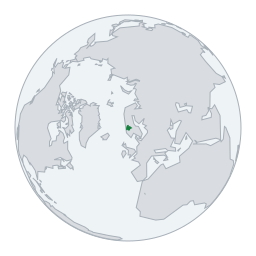 globe centered on Sør-Trøndelag, rotated 318°
{"feature_id": "NOR-911", "entity_name": "Sør-Trøndelag", "entity_type": "County", "adm_level": 1, "iso_a3": "NOR", "parent_name": "Norway", "parent_adm1": "", "projection": "orthographic", "projection_center": [9.786, 63.353], "detail": "coarse", "context": "on_globe", "style": "filled", "palette": "green", "viewbox_px": 256, "rotation_deg": 318, "n_neighbors": 0, "source": "natural_earth", "source_scale": "10m", "svg_char_len": 10697}
<svg xmlns="http://www.w3.org/2000/svg" viewBox="0 0 256 256"><g transform="rotate(318 128 128)"><circle cx="128" cy="128" r="113" fill="#eef3f6" stroke="#a8b0b8"/><path d="M15.4,128.2L15.8,130.0L16.6,124.2L16.7,121.3L16.3,120.5L17.5,109.9L19.3,104.0L29.8,74.4L32.3,70.4L34.5,68.0L49.2,52.8L37.6,62.9L41.2,58.4L46.2,53.6L45.9,54.5L52.7,49.6L57.4,45.6L66.4,41.8L74.4,43.3L71.3,44.8L73.6,45.1L77.6,43.4L79.7,42.2L92.9,42.2L106.5,38.8L109.7,35.7L109.9,38.1L115.1,31.0L121.8,28.6L114.9,32.6L114.7,34.1L119.6,33.0L120.5,34.4L123.3,34.6L123.9,36.4L119.8,38.8L120.1,40.0L123.6,39.2L126.3,40.5L121.2,41.5L125.5,44.0L119.5,48.9L105.5,50.7L102.8,55.4L90.0,62.8L91.8,63.8L88.1,67.4L88.8,69.9L86.2,70.7L89.0,72.1L91.2,70.9L93.1,71.1L93.7,72.6L90.6,73.8L89.8,73.2L89.2,74.4L87.3,74.4L88.6,75.2L84.7,76.6L89.4,77.4L87.0,80.3L84.2,80.7L83.4,77.8L74.9,72.0L71.7,71.7L68.2,74.1L63.7,84.5L60.7,85.5L57.4,89.0L59.6,89.6L62.9,87.2L66.0,89.4L69.7,86.3L71.5,86.9L75.7,85.0L76.2,88.4L74.4,92.8L71.0,94.6L70.1,96.6L74.3,97.5L68.8,103.6L66.7,112.4L65.1,113.8L60.4,111.4L58.0,104.6L51.9,102.1L57.0,106.9L53.0,110.4L52.8,112.4L53.7,114.2L55.7,114.2L54.6,116.1L49.1,111.9L50.0,110.1L51.7,111.4L50.6,108.3L46.9,105.7L45.2,107.8L41.4,102.2L40.1,103.7L38.5,103.4L40.8,101.4L36.6,105.0L31.9,100.0L26.1,106.2L30.6,97.5L31.4,93.1L31.9,88.4L30.9,89.3L32.9,82.3L32.4,78.4L28.8,80.5L25.4,85.9L23.4,93.2L24.5,93.5L24.0,98.3L20.9,99.5L19.5,109.3L17.7,112.1L16.8,116.6L16.9,120.7L16.8,126.3L17.9,127.4L19.2,131.6L18.0,134.8L19.7,134.9L19.7,139.4L22.9,149.7L22.4,149.6L24.9,162.0L29.7,172.8L30.7,177.1L30.0,177.4L32.1,181.0L32.1,181.9L42.1,195.5L48.7,203.7L49.4,206.3L45.9,204.5L46.3,205.5L40.7,199.1L35.5,192.3L30.9,185.1L26.9,177.6L23.4,169.8L20.5,161.8L18.3,153.5L16.7,145.2L15.7,136.7L15.4,128.2ZM24.4,107.5L22.9,120.4L22.2,114.9L22.6,115.5L23.3,111.8L24.1,106.0L23.8,101.4L24.4,107.5ZM27.4,109.2L27.5,107.2L27.6,108.9L27.4,109.2ZM80.5,41.4L77.6,43.2L73.7,44.4L76.0,42.7L80.5,41.4ZM88.0,39.8L86.9,40.9L84.5,40.1L85.9,39.7L88.0,39.8ZM111.8,33.2L109.3,34.1L111.4,32.8L111.8,33.2ZM123.6,34.4L124.0,33.8L125.3,34.2L123.6,34.4ZM75.1,83.3L75.4,84.1L74.5,84.0L75.1,83.3ZM76.7,81.7L75.5,81.0L76.0,80.1L76.8,80.6L76.7,81.7ZM127.4,37.3L129.3,38.2L126.7,37.6L127.4,37.3ZM78.1,82.8L77.2,78.7L78.2,77.3L81.9,77.9L78.1,82.8ZM130.0,39.0L134.7,41.5L136.1,40.3L134.9,45.2L131.3,41.4L127.7,40.9L129.9,40.2L130.0,39.0ZM91.6,69.9L89.3,71.2L90.7,68.8L91.6,69.9ZM92.0,68.3L93.5,60.9L97.2,59.7L96.0,62.4L100.4,60.0L101.5,63.0L99.3,65.1L96.7,65.2L99.1,66.3L92.0,68.3ZM133.4,47.7L134.0,48.7L132.6,48.1L133.4,47.7ZM94.0,71.0L94.0,69.6L97.2,68.5L97.9,71.2L96.6,70.7L94.0,71.0ZM101.0,57.8L103.5,57.6L105.1,60.0L106.3,60.2L101.9,63.0L101.0,57.8ZM96.2,71.7L98.2,72.6L97.2,74.5L94.3,72.4L96.2,71.7ZM97.8,67.1L99.4,66.7L98.7,67.8L97.8,67.1ZM94.8,81.8L94.7,80.0L96.4,79.2L94.8,81.8ZM99.0,72.9L99.3,72.2L99.9,71.7L101.0,72.8L99.0,72.9ZM103.3,64.6L103.4,65.7L105.2,63.5L106.5,65.3L103.3,66.9L105.2,67.0L105.6,67.5L102.5,68.2L103.3,64.6ZM104.0,72.4L100.3,75.2L100.2,78.6L98.7,79.4L99.2,73.7L104.0,72.4ZM103.4,69.9L103.4,71.6L101.5,71.6L100.4,70.4L103.4,69.9ZM108.5,66.0L107.4,62.8L108.1,62.6L108.5,66.0ZM104.3,73.4L105.2,72.7L104.5,73.6L104.3,73.4ZM107.6,68.2L107.1,67.1L108.0,66.9L107.6,68.2ZM107.4,72.3L106.2,73.2L105.3,72.4L107.4,72.3ZM107.8,70.4L109.1,70.4L105.8,71.6L107.4,70.0L107.8,70.4ZM108.5,68.2L108.9,67.7L108.6,68.7L108.5,68.2ZM111.3,74.8L107.3,76.5L105.4,74.8L109.5,73.3L111.3,74.8ZM240.4,120.3L240.5,122.8L239.9,121.8L239.6,123.7L238.4,119.7L235.6,117.7L235.7,123.5L234.5,121.3L230.8,122.0L230.2,130.3L230.1,146.4L232.2,152.7L231.3,158.7L225.1,156.9L221.3,152.4L219.8,156.1L212.9,156.4L202.9,167.2L201.0,166.4L199.2,169.3L194.3,170.8L191.0,169.0L188.3,171.3L196.9,175.8L199.7,173.2L201.3,167.5L203.2,169.8L207.9,168.7L204.7,180.4L189.0,198.7L186.5,194.4L169.8,184.9L169.8,182.6L169.6,182.4L169.4,182.1L168.8,185.9L165.6,183.4L175.5,192.2L177.6,196.4L188.8,199.1L188.0,200.5L191.3,200.1L200.7,191.4L201.0,193.1L197.1,203.5L183.1,219.5L184.5,222.5L182.6,225.5L172.8,231.0L172.5,231.5L171.6,231.9L163.2,235.0L154.7,237.4L146.0,239.2L137.2,240.3L131.5,238.9L135.4,236.8L134.7,234.9L126.1,229.6L128.0,225.8L125.5,224.1L120.4,224.4L117.3,222.1L114.2,221.8L93.7,219.8L87.0,215.0L77.8,201.6L81.2,198.4L80.9,192.6L103.2,177.1L108.9,179.4L127.6,177.4L130.1,178.2L128.9,183.6L143.7,188.3L147.3,183.4L159.7,183.7L167.3,180.9L168.1,170.2L155.7,174.7L152.5,170.5L161.7,162.7L172.4,158.6L171.5,156.8L163.9,155.3L165.5,150.5L161.1,154.5L163.5,155.8L160.9,158.4L158.5,157.4L159.2,155.6L155.7,155.9L153.5,164.4L155.7,166.6L147.1,170.3L150.0,174.4L147.9,177.1L142.4,171.1L142.2,168.4L132.6,162.0L132.0,165.1L141.0,171.5L138.6,171.3L137.8,175.8L136.5,172.2L126.7,164.6L118.4,166.5L109.3,176.8L104.1,177.0L99.1,174.0L100.9,163.0L112.3,163.9L113.1,160.3L109.5,154.4L113.3,155.3L113.2,153.1L117.4,153.1L122.0,147.8L126.1,147.2L126.7,140.2L128.8,139.0L127.8,143.4L129.3,146.3L139.2,144.6L140.8,142.8L140.4,138.5L143.2,138.7L141.5,134.7L146.6,131.7L139.0,132.2L138.3,127.4L140.8,123.0L139.2,121.5L135.2,128.7L134.9,131.6L136.8,133.8L134.7,141.9L131.5,143.6L128.6,135.6L123.8,137.2L123.6,130.6L134.3,114.9L139.5,111.0L150.4,114.3L149.9,117.8L145.7,118.3L150.7,122.1L149.8,119.7L152.1,120.0L152.0,115.6L153.7,115.6L150.8,111.6L152.8,111.1L154.6,113.6L156.2,107.0L160.0,104.9L159.6,103.5L158.1,102.5L163.9,100.6L163.3,99.6L161.2,99.9L158.7,98.1L156.5,94.3L158.6,93.8L159.7,95.2L165.2,97.3L167.8,101.0L168.4,100.5L166.7,97.2L160.0,94.5L158.1,92.4L161.4,93.1L160.0,92.7L159.8,91.5L161.5,89.9L157.9,88.9L151.9,76.9L154.7,72.9L158.3,74.8L156.3,66.5L159.6,63.0L157.6,63.2L155.4,59.5L154.3,60.6L153.2,60.4L146.9,51.9L147.1,49.7L142.1,46.6L141.1,46.7L140.7,48.2L134.9,45.2L136.1,40.3L138.4,40.2L137.6,37.3L142.8,37.6L146.8,36.7L153.0,39.0L155.6,38.2L155.0,37.1L158.1,35.4L166.6,35.6L162.4,39.9L150.2,41.2L155.4,41.0L155.0,42.5L157.4,43.3L161.0,43.1L160.9,42.2L170.8,49.7L181.1,53.1L178.4,49.1L179.6,47.1L189.0,48.2L204.6,59.7L206.4,57.8L208.4,58.6L211.0,62.1L208.2,61.0L208.4,63.4L206.4,62.4L209.7,67.9L207.0,66.6L210.9,71.6L212.5,71.1L210.6,66.6L215.1,71.7L216.8,69.2L220.1,71.0L227.8,82.7L230.9,91.7L231.8,93.0L231.4,95.1L233.4,100.9L236.0,100.0L236.8,101.7L238.9,111.1L238.5,110.2L237.6,115.8L239.2,120.9L239.9,117.6L240.3,118.8L240.4,120.3ZM96.8,187.3L96.4,189.1L96.8,187.3ZM184.7,158.8L190.5,155.0L186.2,150.5L188.1,148.7L186.0,147.9L185.9,150.2L180.4,147.5L182.3,143.7L180.8,141.3L178.8,142.5L176.1,149.8L184.0,153.7L183.3,157.2L184.7,158.8ZM23.1,150.0L23.3,151.9L22.7,150.2L23.1,150.0ZM21.2,115.3L21.3,117.6L21.1,119.2L20.8,117.7L21.2,115.3ZM24.0,133.6L24.5,136.3L23.6,134.0L24.0,133.6ZM22.9,122.4L23.5,131.5L21.9,127.4L21.6,121.7L22.3,124.9L22.9,122.4ZM25.6,109.9L25.5,111.5L25.0,111.6L25.6,109.9ZM27.4,110.4L27.3,110.0L27.8,108.8L27.4,110.4ZM53.3,110.6L53.7,111.0L54.3,113.1L53.3,112.5L53.3,110.6ZM61.2,119.8L59.2,122.8L59.9,120.2L58.1,120.0L57.4,114.5L64.3,114.2L61.3,115.2L61.2,119.8ZM58.4,107.2L58.0,110.6L58.1,106.9L58.4,107.2ZM108.8,141.5L110.6,143.1L109.6,145.7L104.5,146.9L105.9,143.1L108.8,141.5ZM113.4,144.9L111.9,136.9L115.0,136.0L113.5,137.8L115.7,138.0L113.9,141.0L118.4,148.1L117.8,150.9L108.6,151.3L112.0,149.6L110.0,148.1L113.4,144.9ZM102.5,119.5L101.9,116.4L109.5,118.3L109.2,121.0L104.1,122.3L101.4,119.9L102.5,119.5ZM85.0,84.7L84.2,83.7L85.1,83.3L86.4,83.9L85.0,84.7ZM94.6,81.0L89.0,89.0L87.9,88.2L86.0,94.0L82.3,94.2L83.7,90.3L79.4,94.9L79.2,91.5L76.6,94.9L80.0,86.4L79.7,83.6L81.5,86.6L84.9,86.5L86.2,85.7L89.8,81.2L90.6,75.4L94.2,74.6L96.4,75.5L96.7,76.7L94.4,76.9L96.5,78.5L93.3,79.6L94.6,81.0ZM120.7,88.9L117.8,88.2L121.6,92.2L118.4,93.1L119.1,93.5L117.2,95.5L116.0,98.7L114.4,98.7L114.6,100.0L113.4,101.4L113.1,103.2L110.2,103.8L109.7,106.0L108.6,105.0L108.5,108.7L107.3,106.3L105.5,108.0L107.6,109.5L92.4,109.1L86.9,111.2L83.1,114.3L81.5,109.8L84.1,104.1L88.8,98.7L94.3,97.5L92.6,95.8L94.7,94.7L95.2,96.5L95.7,93.1L97.6,92.8L101.8,88.4L101.4,83.9L103.0,82.2L104.1,83.8L104.8,81.1L107.9,83.0L109.1,81.9L113.3,82.7L114.7,86.5L115.9,85.0L119.2,85.7L120.7,88.9ZM112.4,75.2L114.8,79.4L114.3,82.0L107.2,79.4L105.7,80.2L101.1,78.8L102.0,75.1L103.2,75.8L104.6,75.7L103.8,76.9L105.5,75.8L107.2,76.8L109.1,76.2L109.3,77.7L112.4,75.2ZM132.3,175.9L134.1,176.0L136.8,175.4L136.4,178.3L132.3,175.9ZM125.6,170.9L127.1,170.5L127.8,174.1L125.9,174.1L125.6,170.9ZM127.4,167.2L127.2,170.1L126.2,168.5L127.4,167.2ZM129.2,142.8L130.8,142.1L131.2,143.1L130.6,144.7L129.2,142.8ZM131.3,101.6L129.7,100.6L130.0,99.9L128.2,96.4L130.4,95.5L132.4,97.3L131.3,101.6ZM166.4,172.8L164.5,175.5L163.2,175.1L164.1,174.2L166.4,172.8ZM150.0,177.9L154.0,178.1L149.8,178.7L150.0,177.9ZM133.4,100.0L132.4,98.7L134.1,99.1L133.4,100.0ZM132.0,94.7L133.9,94.8L130.5,95.0L132.0,94.7ZM185.6,224.8L189.5,221.6L195.0,217.6L197.9,214.6L198.9,214.9L193.4,219.7L185.6,224.8ZM240.6,128.7L239.8,131.0L240.1,127.4L240.5,122.3L240.6,128.7ZM232.5,152.7L234.4,153.5L233.6,156.1L232.5,152.7ZM234.2,90.4L231.9,84.7L232.1,85.1L234.0,90.0L234.2,90.4ZM230.0,80.5L230.4,81.3L230.6,81.9L230.0,80.5ZM232.9,94.4L233.5,97.2L233.0,96.6L231.9,92.6L232.9,94.4ZM222.6,72.7L224.7,74.6L225.5,75.7L224.8,75.8L222.6,72.7ZM150.8,91.5L150.9,97.3L152.4,101.2L155.5,102.7L151.1,103.2L148.8,97.2L150.8,91.5ZM151.6,78.7L148.8,77.6L149.9,76.5L150.7,76.6L151.6,78.7ZM149.9,79.1L146.7,80.7L145.1,79.1L148.0,78.2L149.9,79.1ZM140.1,90.3L140.0,92.0L138.6,91.6L140.1,90.3ZM230.5,81.2L230.1,80.5L229.3,78.8L230.0,80.2L230.5,81.2ZM227.5,75.2L227.3,74.8L227.5,75.2ZM229.0,78.9L228.2,76.6L230.2,81.1L227.8,77.9L226.7,75.5L229.0,78.9ZM207.3,54.3L206.1,54.1L204.5,52.0L205.8,52.7L207.3,54.3ZM198.1,45.5L203.7,51.4L208.0,56.5L207.8,55.4L210.8,57.7L209.8,58.7L205.1,54.2L202.3,50.6L199.6,49.3L196.1,46.3L193.5,45.9L191.2,44.5L192.8,43.8L198.1,45.5ZM192.4,45.9L186.5,44.6L184.4,41.3L185.2,40.9L188.8,42.8L189.7,44.4L192.4,45.9ZM184.4,43.4L185.2,45.0L178.1,47.3L176.1,47.0L180.4,43.3L181.4,44.6L183.5,44.7L184.4,43.4ZM135.0,48.2L134.1,48.6L134.3,47.7L135.0,48.2ZM152.7,61.0L151.2,60.6L151.5,59.5L152.7,61.0ZM147.2,59.0L147.9,60.5L146.3,59.1L147.2,59.0ZM149.6,64.0L147.8,61.2L150.8,63.7L149.6,64.0Z" fill="#d9dde1" stroke="#a8b0b8" stroke-width="1"/><path d="M130.0,128.3L130.3,129.9L128.5,129.3L128.3,129.8L127.8,130.1L127.4,129.9L127.5,129.5L127.2,129.2L127.7,129.0L127.8,128.7L127.7,128.3L127.2,128.4L127.1,127.8L127.4,127.8L127.4,128.1L127.7,127.9L127.5,127.7L127.9,127.4L128.2,127.9L128.0,128.0L129.0,127.8L130.0,128.3ZM128.4,127.6L128.0,127.4L128.3,127.2L127.8,127.2L128.4,126.8L128.1,126.8L128.7,126.0L128.6,125.9L129.0,126.1L128.4,127.6ZM127.4,127.6L126.9,127.8L126.7,127.8L127.1,127.4L127.4,127.6ZM127.1,127.3L126.7,127.3L127.2,127.2L127.1,127.3ZM127.4,127.4L127.4,127.5L127.4,127.4Z" fill="#22c55e" stroke="#15803d" stroke-width="1.5"/></g></svg>